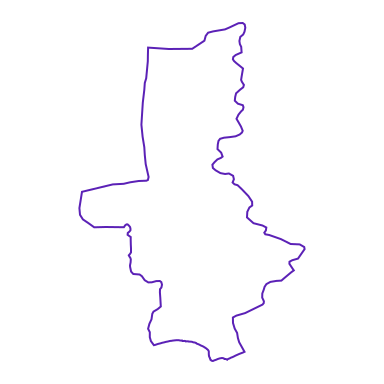 Atlántida, Canelones, Uruguay
{"feature_id": "84410073B77727536029585", "entity_name": "Atlántida", "entity_type": "district", "adm_level": 2, "iso_a3": "URY", "parent_name": "Uruguay", "parent_adm1": "Canelones", "projection": "robinson", "projection_center": [-55.769, -34.694], "detail": "fine", "context": "isolated", "style": "outline", "palette": "violet", "viewbox_px": 384, "rotation_deg": 0, "n_neighbors": 0, "source": "geoboundaries", "source_scale": "gbopen_adm2", "svg_char_len": 3716}
<svg xmlns="http://www.w3.org/2000/svg" viewBox="0 0 384 384"><path d="M153.9,345.2L155.5,344.8L156.6,344.4L157.8,344.0L158.9,343.7L159.9,343.5L161.2,343.1L162.1,342.8L162.6,342.7L164.0,342.4L165.1,342.1L166.2,341.8L167.4,341.6L168.7,341.3L169.8,341.0L170.6,340.9L171.7,340.8L172.6,340.6L173.6,340.5L174.4,340.4L175.4,340.3L176.3,340.2L177.3,340.2L178.0,340.2L178.7,340.2L179.3,340.3L180.0,340.5L180.7,340.5L182.1,340.5L182.4,341.0L184.0,341.0L184.8,340.9L185.5,341.1L185.7,341.4L187.3,341.3L188.5,341.4L188.8,341.6L189.7,341.6L191.2,341.7L192.0,341.8L193.2,342.3L193.7,342.4L194.8,342.5L195.5,342.8L196.1,343.0L196.3,343.3L196.7,343.6L198.3,344.2L199.0,344.5L199.5,344.7L200.3,345.2L200.6,345.4L201.2,345.6L202.8,346.3L203.4,346.6L203.8,346.8L204.4,347.3L205.1,347.6L205.5,348.0L206.1,348.3L206.5,348.6L206.8,349.0L207.3,349.3L207.8,349.8L208.1,350.1L208.6,350.9L208.8,351.6L208.8,352.3L208.8,353.2L208.8,353.7L208.8,354.3L208.9,354.8L208.9,355.4L209.1,355.9L209.1,356.6L209.9,357.8L209.9,358.5L210.2,359.0L210.6,359.5L210.5,359.8L211.2,360.4L211.9,360.8L212.9,361.0L214.2,360.4L216.0,359.8L217.8,359.0L219.7,358.4L222.0,358.0L223.3,358.2L224.0,358.5L224.4,359.0L225.3,359.0L225.8,359.0L226.6,359.4L227.2,359.7L227.5,359.3L228.3,358.9L229.6,358.4L231.3,357.5L232.3,357.2L234.4,356.2L235.3,355.7L237.1,354.9L239.1,354.0L241.7,353.0L242.6,352.7L244.5,351.8L239.2,342.3L237.9,338.0L237.1,332.9L234.7,328.6L233.0,323.0L232.9,317.5L236.4,315.6L245.1,313.1L254.1,308.7L262.5,304.6L263.7,303.2L263.9,301.3L262.2,297.6L262.3,293.5L263.7,289.8L264.6,286.8L266.4,284.1L270.4,281.9L276.5,280.9L281.4,280.6L283.8,278.5L291.2,272.3L293.8,270.4L292.3,268.2L289.4,263.8L289.5,261.7L292.3,260.2L298.0,258.6L304.6,249.1L304.2,247.0L299.7,244.4L290.6,244.0L280.9,239.1L269.2,235.0L265.3,234.3L264.3,232.7L265.9,230.4L266.3,227.5L262.5,225.5L253.5,223.2L247.0,217.4L247.3,211.8L249.4,207.5L252.2,205.5L252.1,201.7L248.4,196.1L241.9,189.3L237.6,185.2L234.5,184.3L232.6,182.5L233.9,179.2L233.1,175.8L228.9,173.5L225.1,174.0L220.4,173.1L215.6,170.3L212.9,168.0L212.4,164.7L214.5,162.2L217.4,159.4L220.9,157.9L222.6,156.6L221.2,152.7L217.5,149.1L217.8,144.4L218.5,140.9L220.1,138.8L224.0,137.7L229.9,137.1L235.6,136.3L239.7,134.5L242.0,132.5L242.7,130.8L241.0,126.6L238.5,122.2L236.5,118.8L238.5,114.6L241.1,111.4L242.9,109.7L243.5,107.2L242.8,105.2L237.9,103.7L234.8,100.7L235.2,96.9L236.1,93.3L240.2,89.6L243.2,87.3L243.9,84.9L241.9,81.8L241.1,79.9L241.6,76.7L242.4,72.0L243.0,68.5L236.3,63.1L234.0,61.0L232.9,59.3L233.3,57.0L235.7,55.0L239.1,53.5L241.6,52.4L241.2,46.8L239.9,44.2L239.4,41.0L240.3,36.9L243.2,34.5L244.5,31.7L245.3,27.7L244.7,24.5L242.7,23.0L238.5,23.2L229.4,27.5L225.0,29.4L213.1,31.4L208.1,32.7L205.7,35.9L204.4,40.7L192.2,48.8L168.8,49.0L148.1,47.6L147.9,55.0L147.8,61.4L146.2,78.3L144.8,82.9L144.3,89.9L142.8,102.6L141.4,124.7L142.6,136.7L144.3,147.2L144.8,155.1L145.7,164.1L148.6,177.0L147.9,180.0L146.4,180.7L138.7,181.0L130.1,182.3L123.7,183.8L112.8,184.4L82.0,191.8L79.4,208.1L80.0,214.8L82.9,219.4L88.5,223.2L94.2,227.3L105.7,227.0L121.7,227.2L123.9,227.2L125.2,225.3L126.5,224.4L127.6,224.4L129.1,225.8L130.1,227.1L130.5,229.0L130.4,230.4L129.3,231.7L127.8,232.9L127.6,234.8L129.1,235.9L130.7,237.0L130.7,239.9L130.8,244.4L131.0,248.5L131.0,252.4L129.9,254.1L128.8,255.3L129.4,256.5L130.3,257.8L130.8,259.3L130.6,262.4L130.0,265.4L130.1,266.9L131.1,271.6L133.3,274.0L139.6,274.5L141.9,276.2L144.7,280.2L148.3,282.4L151.8,282.3L156.2,281.1L159.8,281.0L161.3,282.1L162.0,284.7L161.4,287.5L160.0,289.2L159.9,292.4L160.3,297.8L160.8,306.5L157.7,309.1L153.5,311.6L152.3,313.8L151.5,319.3L149.4,323.8L148.1,328.8L149.8,332.2L149.8,337.2L150.9,341.1L153.9,345.2Z" fill="none" stroke="#5b21b6" stroke-width="2"/></svg>